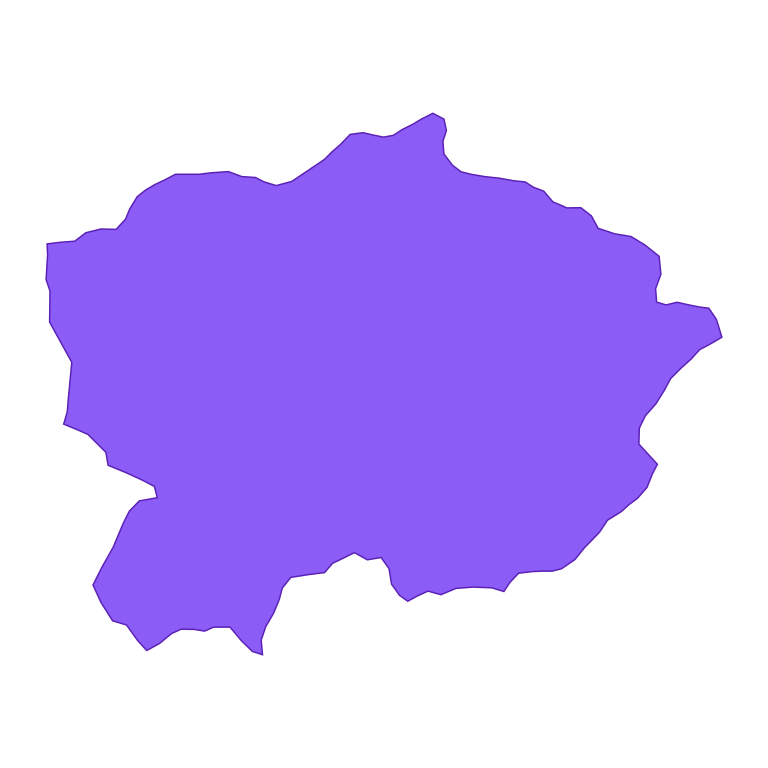 Itamogi, Minas Gerais, Brazil
{"feature_id": "56859067B20753929477862", "entity_name": "Itamogi", "entity_type": "district", "adm_level": 2, "iso_a3": "BRA", "parent_name": "Brazil", "parent_adm1": "Minas Gerais", "projection": "mercator", "projection_center": [-47.045, -21.076], "detail": "fine", "context": "isolated", "style": "filled", "palette": "violet", "viewbox_px": 768, "rotation_deg": 0, "n_neighbors": 0, "source": "geoboundaries", "source_scale": "gbopen_adm2", "svg_char_len": 2013}
<svg xmlns="http://www.w3.org/2000/svg" viewBox="0 0 768 768"><path d="M721.9,337.2L716.4,319.4L708.8,308.2L699.2,307.0L688.8,304.9L677.2,302.3L666.0,304.9L656.6,302.1L655.6,288.7L660.9,274.2L659.1,256.3L644.8,244.9L630.9,236.5L614.6,233.8L598.1,228.3L591.4,215.9L580.8,207.7L566.9,207.9L552.8,201.8L543.7,191.1L533.5,187.3L525.1,181.9L513.9,180.8L498.8,178.1L484.7,176.6L471.1,174.3L461.1,171.8L452.5,165.3L443.9,153.9L442.9,141.3L446.4,130.6L444.0,119.2L432.9,113.3L421.9,118.8L412.7,124.3L402.3,129.5L393.2,135.4L383.4,137.1L373.0,135.0L363.0,132.7L350.2,134.4L340.2,144.7L331.6,152.2L324.5,159.4L312.6,167.4L302.4,174.3L291.8,181.4L276.3,185.6L264.1,181.9L255.5,177.5L241.9,176.6L228.4,171.6L211.3,172.8L198.8,174.3L187.2,174.3L175.4,174.3L165.0,179.8L154.8,184.6L145.8,189.9L137.3,196.6L129.7,209.0L125.6,219.1L116.1,229.4L101.0,229.0L85.9,232.7L74.7,241.2L61.2,242.2L47.1,243.9L47.6,254.6L46.1,279.6L50.0,291.0L49.6,322.1L71.8,362.3L68.3,398.9L67.3,411.7L63.7,424.1L75.3,428.9L87.9,434.4L105.9,452.3L108.1,465.3L126.1,472.7L141.6,479.8L154.4,486.4L157.3,497.7L139.3,500.9L129.3,511.2L123.2,523.4L113.2,547.2L102.0,567.1L93.0,585.0L101.0,602.5L112.6,620.8L126.5,625.0L137.7,640.6L146.7,650.5L159.5,643.5L171.5,633.6L181.1,629.2L194.0,629.4L204.6,631.1L213.7,627.1L230.0,627.1L241.5,640.8L252.5,651.5L262.5,654.7L261.2,640.1L265.7,626.7L273.7,613.0L279.2,599.7L282.2,588.2L290.8,577.4L307.9,574.7L324.5,572.6L332.6,563.3L342.2,558.7L354.4,552.6L367.3,559.8L381.1,557.5L389.1,568.8L391.5,584.0L399.5,595.3L407.7,601.2L417.4,596.0L428.0,591.1L440.9,594.7L456.0,588.4L473.1,587.1L491.7,587.8L503.9,591.5L510.0,582.3L518.6,573.2L532.2,571.6L543.1,571.1L552.4,571.1L561.4,568.8L574.9,559.6L584.9,547.2L592.4,539.6L599.5,532.2L607.5,520.2L621.3,511.6L628.9,504.7L637.7,498.1L647.0,487.4L652.5,473.7L657.4,464.3L649.9,456.1L638.9,444.1L639.3,428.1L645.4,415.7L656.0,403.7L664.4,390.2L670.7,378.5L681.3,367.9L691.3,358.9L699.7,349.6L709.9,344.2L721.9,337.2Z" fill="#8b5cf6" stroke="#5b21b6" stroke-width="1.5"/></svg>